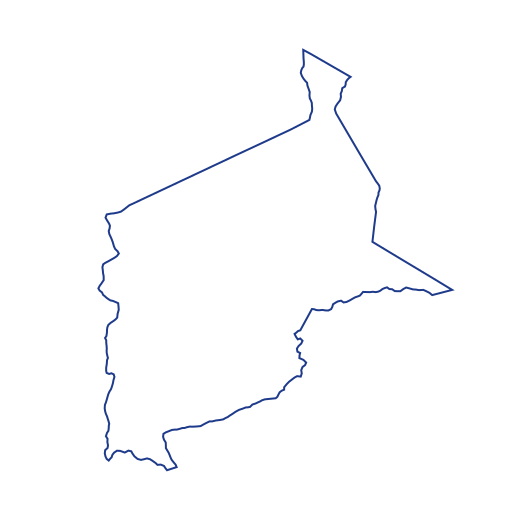 outline of Araci, Bahia, Brazil, rotated 259°
{"feature_id": "56859067B44798977515529", "entity_name": "Araci", "entity_type": "district", "adm_level": 2, "iso_a3": "BRA", "parent_name": "Brazil", "parent_adm1": "Bahia", "projection": "orthographic", "projection_center": [-39.114, -11.24], "detail": "fine", "context": "isolated", "style": "outline", "palette": "blue", "viewbox_px": 512, "rotation_deg": 259, "n_neighbors": 0, "source": "geoboundaries", "source_scale": "gbopen_adm2", "svg_char_len": 3971}
<svg xmlns="http://www.w3.org/2000/svg" viewBox="0 0 512 512"><g transform="rotate(259 256 256)"><path d="M135.3,78.4L132.5,78.3L129.9,78.5L126.8,79.2L124.5,79.4L122.3,79.7L119.3,79.9L117.4,79.1L114.8,78.5L112.5,77.7L110.8,76.0L107.7,74.3L104.9,75.4L101.7,74.6L98.3,74.6L95.8,73.6L94.2,70.9L91.1,69.9L88.0,70.0L85.3,70.7L83.3,72.4L84.7,74.0L86.0,75.9L88.1,77.0L90.0,79.1L91.4,82.4L90.6,85.5L88.1,89.7L89.3,93.6L88.1,96.3L85.8,97.0L82.6,98.4L79.4,101.0L77.8,104.2L77.9,107.6L78.1,110.4L76.7,113.2L74.9,115.1L72.0,117.9L69.8,119.4L69.4,122.7L67.5,125.6L64.8,126.7L62.7,127.8L63.9,137.8L66.5,137.3L69.3,135.7L72.1,134.3L74.4,133.7L76.7,133.3L79.6,132.7L82.6,131.6L84.6,130.9L87.4,131.4L90.2,131.8L93.3,130.6L96.2,130.3L99.1,131.2L100.1,133.9L100.7,137.2L101.3,140.3L101.1,142.9L100.7,145.3L100.9,148.3L101.2,150.8L100.8,153.0L101.1,155.3L101.2,158.3L100.5,161.4L100.1,164.4L99.8,167.0L99.6,169.2L100.6,172.1L101.6,175.4L102.5,178.8L102.0,181.4L102.2,185.3L101.9,189.2L101.9,192.7L102.8,195.3L103.3,197.5L104.3,199.6L105.3,202.3L107.0,206.2L108.2,210.0L108.7,213.9L109.3,217.0L109.0,219.1L109.0,221.3L110.9,224.2L111.3,227.5L111.9,229.8L112.5,232.4L113.2,234.3L113.6,237.3L112.6,248.2L113.7,250.1L115.7,251.6L117.7,253.2L118.9,255.6L119.4,258.1L121.8,258.6L124.5,261.9L126.4,264.7L127.4,266.8L128.4,268.7L129.4,270.8L130.2,273.4L129.1,276.9L132.0,278.5L135.3,278.6L138.2,280.5L139.5,283.3L141.8,284.9L145.0,282.7L147.5,279.1L150.2,279.8L152.4,280.8L154.2,278.4L157.3,278.5L159.5,280.6L161.4,283.7L163.9,285.5L166.6,283.7L166.2,281.1L169.2,279.8L172.2,279.0L173.1,281.0L174.3,282.9L174.6,285.3L193.3,300.8L192.6,303.0L191.4,304.9L190.7,307.6L190.4,310.9L189.3,313.9L188.7,316.6L189.5,319.6L191.5,321.2L193.9,322.4L195.1,325.4L195.8,327.6L195.9,331.0L193.7,333.1L193.6,336.1L194.5,339.5L195.6,342.6L196.5,345.3L196.9,348.2L197.3,350.4L198.9,352.5L200.3,354.2L199.6,357.3L198.8,360.9L198.6,363.8L197.7,366.6L197.7,369.4L198.3,371.6L199.4,373.7L200.0,376.3L200.2,378.7L198.1,380.6L197.4,383.3L195.1,385.5L194.4,388.3L193.9,391.0L195.5,394.4L196.4,397.4L194.7,400.9L193.3,403.6L192.5,406.6L191.4,409.5L190.8,413.8L189.1,416.2L186.8,419.2L184.0,421.5L185.3,442.1L202.0,423.7L203.5,422.0L233.3,388.9L243.6,377.5L247.7,373.0L262.6,377.7L276.5,382.3L278.6,382.2L282.3,382.5L287.6,384.9L290.1,386.2L292.5,387.8L295.0,388.4L296.8,389.7L298.7,390.4L301.5,390.4L304.2,389.2L306.6,388.0L339.5,376.3L380.5,361.9L384.8,361.3L387.5,362.6L390.0,365.0L392.8,368.3L396.1,369.8L399.1,370.1L401.5,371.7L404.3,372.7L405.4,375.7L407.2,376.7L409.5,377.3L411.5,379.2L412.8,381.0L413.8,383.0L443.8,348.4L449.3,341.7L440.5,340.3L438.2,340.1L435.2,339.6L432.9,338.8L431.6,337.2L429.5,335.8L427.2,334.9L424.0,335.4L421.2,336.4L418.6,337.7L416.3,339.2L413.5,339.0L410.4,339.5L406.7,340.0L403.3,339.1L400.5,338.9L398.0,339.6L395.6,340.0L393.1,339.6L389.9,339.3L387.0,338.4L384.1,336.4L381.7,335.4L379.4,334.4L373.4,313.8L358.7,255.1L344.1,197.4L330.6,144.0L330.0,141.4L328.3,138.1L326.8,135.2L325.3,131.8L325.0,128.4L325.0,124.7L325.3,121.6L325.3,117.4L322.3,115.6L319.1,116.7L316.0,117.9L313.7,118.4L311.1,117.6L308.6,116.2L305.6,116.2L301.1,117.3L297.2,118.0L292.6,118.4L289.8,119.1L286.9,121.1L284.6,121.8L282.5,119.5L281.3,116.8L280.2,113.6L279.0,110.0L278.0,106.7L277.0,104.4L274.3,103.1L271.2,102.9L268.4,102.6L265.3,102.6L261.4,101.9L258.2,98.7L256.7,97.0L254.3,95.1L251.9,95.9L249.6,97.9L247.0,98.5L245.4,99.9L243.5,101.3L241.7,103.0L240.2,104.6L239.3,106.8L238.0,108.8L236.0,111.7L232.7,111.4L229.4,111.0L225.6,109.1L222.0,108.0L220.6,106.1L219.4,103.7L218.1,100.5L216.5,97.9L214.4,96.5L212.1,95.7L209.4,95.1L206.0,93.9L204.3,92.2L201.8,92.9L199.1,92.4L196.6,92.2L193.9,91.9L191.5,91.3L189.5,91.0L186.5,91.0L184.2,91.2L182.2,89.9L178.7,89.0L174.9,87.6L171.8,87.0L169.7,87.1L168.2,89.4L168.5,91.6L167.0,93.7L164.4,94.0L161.3,92.4L158.5,91.3L155.6,89.8L153.0,88.3L150.9,86.3L148.6,84.7L146.5,83.6L143.5,82.1L141.0,80.8L138.7,79.3L135.3,78.4Z" fill="none" stroke="#1e3a8a" stroke-width="2"/></g></svg>